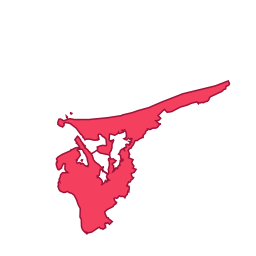 the district of Tauranga City, Bay of Plenty, New Zealand, rotated 315°
{"feature_id": "76426892B41625514987736", "entity_name": "Tauranga City", "entity_type": "district", "adm_level": 2, "iso_a3": "NZL", "parent_name": "New Zealand", "parent_adm1": "Bay of Plenty", "projection": "natural_earth1", "projection_center": [176.198, -37.698], "detail": "fine", "context": "isolated", "style": "filled", "palette": "rose", "viewbox_px": 256, "rotation_deg": 315, "n_neighbors": 0, "source": "geoboundaries", "source_scale": "gbopen_adm2", "svg_char_len": 5801}
<svg xmlns="http://www.w3.org/2000/svg" viewBox="0 0 256 256"><g transform="rotate(315 128 128)"><path d="M232.2,165.6L219.4,159.9L191.0,142.6L169.8,133.3L157.1,128.3L147.4,122.8L141.8,120.1L133.2,114.8L132.1,114.6L120.8,106.3L106.6,94.6L96.2,84.3L93.5,80.3L88.0,77.6L87.1,76.3L87.2,75.4L86.5,73.7L85.4,72.9L82.4,74.4L81.0,75.9L81.2,76.2L81.1,77.7L82.5,81.1L84.7,80.9L86.1,79.4L86.9,79.5L88.6,81.1L90.3,84.0L90.3,84.5L89.9,84.4L90.4,84.6L90.3,85.0L89.9,84.9L90.4,85.0L91.3,91.6L90.1,99.1L90.5,99.5L90.0,102.7L89.6,102.7L89.5,103.3L89.9,103.6L89.2,105.9L90.7,106.5L92.8,108.5L95.5,112.8L98.2,115.2L99.7,115.4L99.7,115.0L98.7,115.1L98.1,114.5L99.1,114.7L100.5,114.2L101.1,112.8L102.3,111.7L103.1,111.8L104.3,113.3L104.0,116.1L104.6,116.8L104.5,117.5L104.9,118.1L104.5,119.1L104.6,120.3L100.8,124.9L99.9,124.9L97.8,122.3L95.2,120.7L93.1,120.0L92.4,120.6L93.2,119.1L91.7,121.2L90.8,121.9L88.6,121.4L90.5,122.1L90.2,123.5L90.7,126.1L95.3,133.2L95.6,134.2L95.2,134.9L97.8,132.5L100.3,132.0L103.0,130.4L104.8,128.5L109.3,126.5L109.3,125.9L108.4,125.8L107.2,125.0L106.9,125.0L107.6,125.6L106.4,125.7L106.2,123.1L110.6,119.3L111.9,120.5L113.4,123.7L117.2,124.8L118.2,124.4L117.8,125.2L118.1,125.8L121.7,127.6L122.5,127.6L123.4,126.9L121.9,125.6L122.1,125.3L123.5,126.8L124.2,127.0L123.8,127.3L123.8,129.1L123.2,130.3L120.6,133.2L118.2,133.1L117.5,132.7L117.6,133.6L118.5,135.2L121.0,135.6L121.3,137.1L123.0,137.6L123.2,138.5L121.7,138.6L121.5,139.2L120.6,139.6L120.3,140.4L120.0,140.3L119.9,140.0L120.1,140.1L119.9,139.1L119.3,138.4L119.5,139.4L118.9,140.3L117.6,140.3L117.6,141.0L117.2,141.0L116.7,140.9L115.8,138.6L114.8,138.2L113.2,140.3L111.4,139.4L109.8,141.1L110.0,139.2L108.9,138.7L106.6,138.6L105.1,139.5L102.8,139.8L103.4,141.6L103.2,142.3L101.5,144.3L101.8,146.2L101.4,147.4L100.3,147.2L100.9,146.4L101.4,146.7L101.4,146.3L101.6,146.3L101.1,145.9L101.2,145.6L101.6,145.8L101.5,145.6L99.9,145.4L99.2,145.7L98.5,146.6L97.2,147.1L96.1,148.0L96.0,148.7L94.8,148.0L93.3,148.4L92.1,149.4L91.5,149.1L91.8,148.4L91.5,147.9L90.7,147.4L89.6,148.3L87.9,148.5L86.4,148.2L89.1,147.2L89.8,145.7L91.0,144.8L91.2,142.7L91.8,142.1L94.1,142.9L96.5,142.6L95.9,141.2L95.9,139.6L93.9,137.8L95.2,134.9L93.9,137.3L92.7,135.9L91.9,136.4L91.4,137.0L91.3,138.1L88.4,141.3L84.8,143.3L82.8,146.1L81.5,146.4L80.3,141.5L80.7,139.7L81.3,138.4L81.5,133.3L80.8,129.2L81.1,126.2L83.2,122.3L83.7,119.9L84.7,120.6L88.5,121.5L84.4,120.4L83.6,119.2L84.0,117.9L83.7,116.8L84.1,114.9L83.7,111.7L84.0,111.8L84.1,111.5L83.7,111.5L84.4,110.0L85.1,110.3L85.2,110.1L85.2,109.7L85.1,110.2L84.4,110.0L84.4,108.1L84.5,107.8L84.9,108.1L84.9,107.7L84.6,107.8L84.9,106.8L85.1,107.0L85.6,103.4L86.0,103.2L86.7,99.1L86.3,98.9L86.4,98.1L82.1,98.7L81.6,102.1L80.8,102.1L81.0,103.7L80.5,107.0L79.7,107.8L78.8,106.3L76.6,104.8L72.4,103.5L72.4,103.1L70.9,103.3L62.7,100.1L57.8,99.0L55.6,99.2L54.8,101.3L53.8,102.0L53.5,101.6L52.9,101.8L51.3,103.3L49.7,106.3L49.2,108.0L49.6,108.8L52.8,109.3L53.1,108.8L57.2,107.5L58.3,108.8L54.3,112.4L53.7,114.5L53.9,116.9L50.0,113.3L47.2,113.5L45.5,114.7L42.8,115.7L41.7,117.7L41.7,116.8L40.0,117.3L38.0,119.8L37.3,119.6L35.7,122.9L35.5,124.5L36.8,128.0L38.5,129.4L39.7,129.6L40.3,130.1L40.7,132.0L42.0,134.4L42.4,136.9L42.2,138.2L40.9,142.3L38.6,147.0L37.3,151.2L31.4,156.7L30.7,157.7L30.8,158.4L30.2,159.7L25.4,164.8L24.1,167.4L23.8,169.8L24.1,173.8L24.8,173.8L25.0,172.5L26.1,174.3L28.7,175.9L37.5,177.7L37.5,179.7L38.9,181.4L38.8,181.9L41.8,182.6L42.1,181.9L42.8,181.6L43.3,179.6L44.8,179.2L45.1,179.4L45.4,180.5L46.8,180.5L46.8,183.0L50.7,183.1L50.1,178.8L50.5,177.4L49.7,176.2L51.1,172.7L52.2,170.8L55.7,171.0L62.0,173.0L63.4,172.5L65.9,173.0L66.0,172.6L67.1,172.8L67.4,172.4L67.0,171.9L67.0,170.5L68.3,168.0L69.0,168.1L69.7,168.5L70.3,169.7L71.2,170.1L73.7,169.7L74.6,171.6L76.0,172.5L76.6,174.2L76.5,175.1L78.7,174.3L80.5,174.4L83.2,172.6L83.4,173.7L87.1,170.8L87.5,169.8L86.2,168.2L90.3,166.5L90.8,167.4L91.8,167.7L93.1,166.9L95.5,167.3L96.9,166.9L96.2,165.9L97.0,164.0L98.2,162.5L101.0,163.7L104.5,163.0L103.1,160.0L105.3,159.0L105.8,156.0L106.5,154.8L109.2,154.0L107.4,149.4L109.0,148.7L109.7,147.7L110.5,147.9L112.2,144.0L114.7,143.6L115.8,144.4L118.5,143.6L119.6,143.7L124.2,142.0L125.0,142.5L125.3,143.3L129.3,144.0L130.7,144.8L131.3,144.6L132.0,145.4L133.6,143.9L136.9,143.8L138.6,142.8L140.5,143.3L141.1,142.4L142.0,143.3L142.1,144.2L142.5,144.7L144.4,145.4L144.9,145.2L147.7,147.8L149.5,148.3L152.8,147.8L153.4,148.2L153.8,147.9L152.9,146.8L152.8,142.5L155.1,144.3L158.0,144.3L158.0,140.5L166.9,140.5L166.8,144.6L170.5,147.3L179.8,150.2L186.1,153.7L190.3,155.3L195.1,158.2L195.0,160.7L196.1,160.2L196.7,161.3L198.0,161.8L199.1,163.4L200.8,163.9L203.0,165.2L204.7,165.3L207.3,164.2L208.5,164.2L220.2,168.5L222.9,168.5L224.7,169.4L226.7,167.9L229.2,168.9L230.8,168.6L231.2,168.3L232.2,165.6ZM74.5,125.7L72.4,126.9L71.9,126.1L72.1,125.8L71.5,125.6L71.2,124.9L70.9,122.6L71.2,122.0L70.8,120.9L70.4,120.3L69.2,120.3L69.3,119.6L69.7,119.6L69.4,118.1L67.3,117.1L67.2,116.4L68.8,114.3L69.2,114.8L69.7,114.1L70.1,114.4L75.1,113.5L76.6,110.4L76.2,108.0L77.2,107.7L80.4,110.4L80.5,111.4L79.4,114.2L79.3,116.6L77.9,120.2L76.1,122.7L74.5,125.7ZM78.5,147.1L76.9,150.2L77.6,150.5L77.5,150.9L77.7,151.0L77.9,151.2L77.9,151.5L77.4,151.0L77.5,150.6L77.0,151.1L74.8,151.1L74.8,150.2L75.3,149.5L74.9,149.1L73.1,150.0L68.7,149.5L70.3,149.3L71.9,147.7L72.6,145.8L72.5,142.9L72.0,141.8L71.3,141.4L72.3,140.1L73.1,140.9L74.2,141.1L79.3,137.6L80.1,139.7L79.4,141.0L80.1,141.6L80.8,146.2L78.5,147.1ZM78.8,108.7L77.7,107.5L78.6,107.1L79.7,107.8L78.8,108.7ZM73.0,117.8L72.0,117.9L72.0,118.8L73.3,118.3L73.0,117.8ZM92.0,78.5L92.9,77.1L92.9,76.0L92.1,77.1L92.0,78.5ZM98.7,78.0L98.2,76.7L97.7,77.0L97.6,77.5L98.0,78.2L98.7,78.0ZM82.5,138.6L83.5,137.5L82.1,138.2L82.5,138.6Z" fill="#f43f5e" stroke="#9f1239" stroke-width="1.5"/></g></svg>